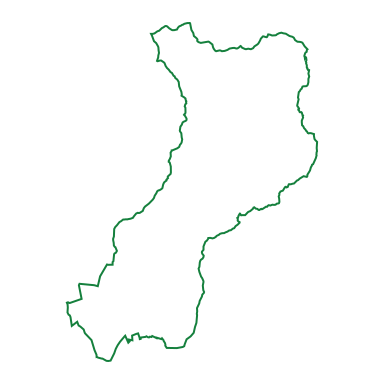 Ghelinta, Covasna, Romania, rotated 270°
{"feature_id": "2599482B945421352302", "entity_name": "Ghelinta", "entity_type": "district", "adm_level": 2, "iso_a3": "ROU", "parent_name": "Romania", "parent_adm1": "Covasna", "projection": "equal_earth", "projection_center": [26.296, 45.92], "detail": "fine", "context": "isolated", "style": "outline", "palette": "green", "viewbox_px": 384, "rotation_deg": 270, "n_neighbors": 0, "source": "geoboundaries", "source_scale": "gbopen_adm2", "svg_char_len": 6051}
<svg xmlns="http://www.w3.org/2000/svg" viewBox="0 0 384 384"><g transform="rotate(270 192 192)"><path d="M334.7,307.5L337.6,304.7L341.3,302.4L341.8,301.3L342.1,300.1L342.3,297.4L343.9,295.1L346.3,293.8L347.2,292.4L348.0,289.5L350.3,285.8L350.7,283.3L351.3,281.4L350.8,279.2L349.7,277.0L348.9,276.1L348.7,275.4L348.5,272.1L349.3,270.1L349.6,268.2L347.2,267.2L346.8,266.7L347.0,265.5L347.6,263.6L347.6,262.9L345.3,260.8L343.5,260.1L340.4,258.3L339.5,257.3L337.6,254.4L335.8,253.1L334.8,250.9L335.3,248.2L334.8,246.0L335.0,245.0L336.3,242.1L337.8,240.9L338.0,240.5L336.3,238.6L335.6,237.4L335.5,236.3L336.1,234.3L336.0,232.6L335.4,229.5L334.1,227.5L333.1,224.7L332.8,221.9L333.5,220.5L333.6,219.6L332.8,216.1L333.4,215.1L335.3,213.7L336.9,213.0L339.5,212.4L342.1,209.1L342.4,208.4L342.3,207.8L341.1,200.8L341.9,198.5L342.7,197.5L343.2,197.2L344.2,197.5L345.0,197.2L346.0,196.3L348.0,193.9L350.9,193.3L354.1,191.4L360.7,190.1L361.0,189.8L360.9,187.2L360.2,184.3L359.3,183.0L359.2,182.2L358.3,180.9L357.7,179.3L356.4,178.0L354.5,177.0L353.9,174.4L353.8,172.7L354.0,171.9L355.7,169.2L357.5,167.3L357.9,166.6L358.0,165.7L357.7,164.8L356.7,163.5L355.9,161.9L353.3,159.2L352.7,157.4L350.6,154.5L350.1,152.6L350.1,151.1L348.3,152.0L342.8,154.0L340.9,156.2L337.5,158.1L336.5,158.4L333.6,158.6L331.1,159.0L328.4,158.3L326.6,158.2L323.1,157.0L322.8,157.4L322.9,158.1L323.5,160.1L323.5,161.1L321.6,163.9L320.8,164.6L318.1,165.6L316.0,167.0L314.4,168.7L311.9,170.5L311.1,171.9L308.2,173.6L307.7,174.6L306.0,175.3L304.5,177.2L302.1,178.7L297.6,179.2L292.1,181.4L289.5,181.8L288.3,181.5L286.7,184.1L285.5,185.5L284.2,185.6L282.8,186.3L282.5,186.0L280.6,186.3L279.7,185.3L277.6,184.7L276.3,185.4L271.6,185.5L270.4,185.2L269.8,184.4L269.2,184.0L268.3,184.9L265.9,186.3L265.1,186.6L264.0,186.5L263.2,185.8L262.2,183.5L261.5,182.6L259.3,181.8L257.3,180.4L253.4,179.8L252.5,180.1L250.8,181.3L246.6,181.7L244.6,182.2L241.5,181.6L240.4,181.0L239.3,180.0L237.1,179.2L235.7,177.3L233.7,172.5L233.6,171.7L233.1,171.7L231.4,170.6L227.6,170.8L225.0,169.8L223.3,168.8L222.2,168.7L221.5,169.7L217.5,170.8L211.6,170.9L210.1,170.6L207.5,167.8L206.6,167.7L205.9,168.0L204.3,166.4L203.5,166.5L201.9,164.4L200.8,163.7L199.2,163.1L195.9,162.4L195.0,161.5L193.8,159.5L193.6,158.4L192.7,157.2L190.7,156.3L188.3,154.7L186.1,154.0L184.4,152.8L180.4,148.9L177.4,145.0L175.8,143.8L173.1,142.8L171.1,139.7L171.0,138.4L171.2,137.8L170.5,136.2L167.2,133.5L166.4,133.2L166.1,132.7L165.3,130.6L164.8,127.9L164.6,127.2L164.7,126.0L164.5,124.4L164.5,123.2L162.7,120.9L161.9,119.4L158.8,117.0L156.9,115.2L155.0,114.2L147.5,113.9L145.1,113.1L143.6,113.2L141.2,113.7L138.4,113.9L137.1,114.8L136.8,115.4L133.1,116.9L131.6,116.1L131.1,115.7L130.6,114.6L129.8,114.1L122.8,113.4L121.9,112.6L119.3,112.6L119.2,108.1L119.5,107.0L107.7,100.1L97.8,97.8L98.8,94.2L100.2,79.5L98.8,78.9L85.1,81.6L81.0,69.8L81.1,69.2L81.7,68.0L81.3,66.9L79.5,67.6L76.5,67.8L71.5,67.5L69.3,68.6L68.6,69.8L66.9,70.5L58.1,71.8L62.2,77.2L58.5,78.6L57.4,80.4L54.5,83.7L51.3,84.7L50.5,85.2L43.9,91.5L33.9,94.5L29.2,96.5L27.0,96.6L27.1,97.0L26.4,98.0L25.4,101.8L25.4,102.5L23.2,106.4L23.0,108.2L23.4,110.6L30.6,114.2L35.2,115.8L38.8,117.7L42.2,120.0L47.9,124.8L48.3,125.2L41.3,128.3L42.7,129.7L44.4,129.1L43.7,132.4L48.4,132.1L50.1,136.3L50.6,138.1L46.2,139.6L44.9,139.8L45.1,140.7L46.5,140.9L47.1,145.5L47.7,146.4L46.7,148.1L46.6,149.1L47.3,149.9L47.0,151.5L48.0,152.2L45.9,156.5L46.4,156.5L44.9,161.4L45.7,162.0L43.8,163.5L43.2,163.6L40.9,165.0L39.4,165.4L38.3,165.3L36.1,166.7L35.9,176.8L37.0,182.7L37.8,184.2L39.7,184.7L44.7,186.6L47.6,190.6L51.2,193.7L57.0,195.0L61.1,196.4L69.1,197.1L70.0,196.8L72.6,197.2L75.9,197.0L80.5,199.2L83.1,199.7L87.4,201.9L89.4,202.3L91.0,203.8L92.0,204.1L93.8,203.3L98.4,202.8L102.1,203.5L103.0,203.4L105.8,202.2L107.4,201.1L112.0,199.4L115.4,198.6L117.2,199.4L121.6,199.8L123.3,200.3L124.3,201.0L125.4,202.6L127.0,203.5L128.4,203.7L130.2,202.3L131.4,201.9L132.4,202.0L134.2,203.5L137.5,203.5L142.3,205.4L143.4,206.9L145.3,208.2L146.0,208.3L146.1,210.5L145.6,212.5L146.1,214.2L147.2,215.9L148.1,216.6L149.2,218.9L150.2,220.0L150.8,222.1L150.9,224.2L151.6,225.4L152.4,227.5L153.5,229.1L153.8,230.9L155.4,232.9L155.8,234.2L157.9,235.6L159.3,237.6L161.3,239.6L161.9,239.6L162.6,238.3L163.4,237.7L165.1,237.8L166.0,237.3L166.4,238.0L168.4,238.6L170.4,239.8L170.3,240.2L169.2,240.5L168.7,241.2L168.9,241.7L168.9,245.2L171.6,247.7L172.1,248.3L172.9,250.2L175.2,252.9L176.4,253.5L176.7,254.3L175.4,255.7L175.1,257.4L174.1,258.5L174.0,259.4L174.9,260.6L175.1,261.5L174.8,261.7L174.9,262.4L177.3,266.0L177.2,266.8L177.3,267.2L178.2,267.8L178.8,268.7L178.5,270.4L179.3,272.4L179.1,274.1L179.3,275.6L180.3,276.7L180.6,278.6L180.9,279.0L182.1,279.4L185.2,279.2L187.7,278.7L189.1,279.4L190.5,279.2L192.5,280.5L193.4,282.9L196.7,284.9L197.2,285.6L197.2,285.9L196.6,286.5L197.0,287.7L199.7,288.8L199.8,289.7L199.7,290.8L200.3,292.6L200.5,294.0L203.5,297.0L203.9,298.1L205.4,299.7L207.8,303.6L207.1,306.8L207.7,307.3L209.3,307.4L213.5,310.0L216.7,310.9L217.8,311.6L219.3,312.1L219.8,313.1L225.8,315.8L228.7,316.6L229.2,316.4L231.8,316.6L232.7,317.0L236.0,316.7L242.1,317.1L243.9,315.3L245.0,314.5L248.3,313.9L249.9,314.0L250.9,310.7L250.9,309.5L250.6,308.7L251.0,307.8L252.6,306.9L253.3,306.0L254.4,305.5L255.8,304.1L257.8,303.2L258.7,302.1L261.6,301.8L263.4,301.8L266.5,303.1L268.2,302.6L268.5,303.0L269.6,302.3L271.4,301.8L271.9,301.2L271.7,300.1L271.9,299.7L273.5,299.0L274.0,298.4L274.6,298.3L274.8,298.9L275.4,299.1L277.0,298.1L277.6,297.5L278.6,297.2L284.7,298.6L286.5,298.0L291.9,298.8L293.0,299.9L294.6,300.7L295.2,301.6L297.4,302.5L297.7,303.5L297.8,306.1L298.4,307.2L299.4,307.8L301.8,308.4L305.1,308.4L307.5,309.2L310.4,308.4L313.6,309.1L313.8,309.1L313.7,308.4L313.9,308.1L314.9,307.8L315.3,307.2L316.0,307.3L316.6,306.8L318.8,306.8L320.6,306.1L321.4,306.3L322.4,305.8L323.5,306.4L325.0,306.4L325.8,305.9L326.4,306.1L326.8,305.8L326.9,305.6L325.7,304.9L327.2,304.7L328.0,304.3L330.7,305.1L331.6,305.7L332.0,306.5L332.3,306.7L333.9,306.8L334.7,307.5Z" fill="none" stroke="#15803d" stroke-width="2"/></g></svg>